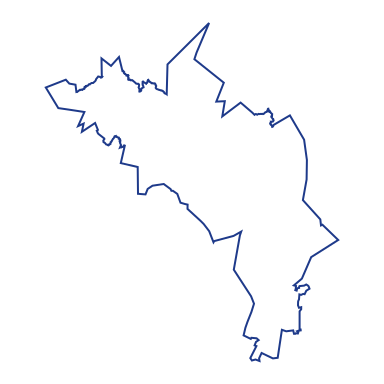 Coneto de Comonfort, Durango, Mexico (Robinson projection)
{"feature_id": "50627088B46470602439176", "entity_name": "Coneto de Comonfort", "entity_type": "district", "adm_level": 2, "iso_a3": "MEX", "parent_name": "Mexico", "parent_adm1": "Durango", "projection": "robinson", "projection_center": [-104.882, 25.009], "detail": "fine", "context": "isolated", "style": "outline", "palette": "blue", "viewbox_px": 384, "rotation_deg": 0, "n_neighbors": 0, "source": "geoboundaries", "source_scale": "gbopen_adm2", "svg_char_len": 5734}
<svg xmlns="http://www.w3.org/2000/svg" viewBox="0 0 384 384"><path d="M251.1,296.3L254.0,303.7L251.4,312.0L247.5,321.8L245.4,327.8L243.6,335.4L250.8,338.9L251.4,337.8L256.6,338.3L258.6,340.1L256.0,341.9L254.6,345.4L256.4,346.1L250.3,358.1L251.9,360.5L255.5,359.5L259.5,361.0L259.1,358.3L261.6,353.0L272.9,358.4L277.7,357.8L281.9,329.8L286.2,331.3L293.2,330.4L294.0,333.8L295.3,333.8L295.7,333.3L297.9,333.5L298.3,332.2L297.9,332.0L297.1,331.2L298.7,330.6L300.7,330.4L300.7,330.1L300.6,329.5L299.6,329.6L299.6,311.3L301.2,309.2L301.2,307.2L299.0,307.8L298.0,305.3L298.1,301.7L298.4,300.6L299.0,299.4L299.4,294.4L301.1,294.9L303.2,293.9L304.6,294.2L306.3,290.7L309.5,288.7L308.6,286.3L307.7,285.4L306.2,284.5L304.2,285.6L299.5,286.1L299.1,286.9L299.1,287.6L299.1,287.9L297.9,288.1L297.2,288.7L296.9,289.7L296.6,289.2L296.4,289.1L296.0,290.4L295.3,290.1L295.5,289.6L295.7,289.4L295.7,289.1L296.0,286.0L293.9,285.4L301.9,278.6L311.2,257.1L338.2,240.0L322.4,224.7L321.0,225.4L320.3,219.4L302.9,200.1L306.6,179.5L306.9,160.0L304.1,139.7L289.9,115.4L273.7,124.9L273.6,125.1L273.2,125.6L273.2,126.1L272.6,126.8L272.2,126.9L272.1,126.4L271.8,125.7L271.7,125.3L271.0,124.4L270.7,124.6L270.4,124.2L270.1,123.6L270.2,123.1L270.7,122.9L270.9,122.7L270.9,122.4L271.1,122.0L271.0,121.7L271.9,121.7L272.8,121.6L273.0,121.2L273.3,121.0L273.6,120.5L273.3,119.4L273.1,119.5L271.8,117.5L271.4,117.1L271.3,116.9L271.3,116.6L271.7,116.5L272.0,116.3L272.0,115.8L271.8,115.6L272.1,115.1L272.0,114.8L272.2,114.1L271.5,113.4L271.0,113.1L270.8,112.7L270.7,112.6L270.5,112.2L269.8,112.1L269.9,111.3L269.8,111.1L268.5,111.3L268.5,111.1L269.1,110.9L269.1,110.7L268.8,110.0L268.7,110.0L268.7,110.4L268.4,109.7L268.3,108.7L268.2,108.7L267.9,108.9L267.7,109.5L267.7,109.9L267.5,110.6L267.3,110.7L267.2,110.8L267.3,111.2L266.4,112.0L265.4,112.2L265.0,112.7L264.7,112.8L263.7,113.9L263.0,114.1L262.6,113.9L262.2,113.8L261.5,114.0L260.5,113.9L259.8,114.1L258.5,113.9L257.2,114.7L255.9,114.0L255.1,114.3L254.5,114.8L252.3,112.6L240.6,102.6L222.3,116.4L224.8,101.2L216.3,101.6L223.8,82.7L194.4,59.2L196.6,52.5L209.1,23.0L167.5,64.4L166.7,94.3L166.1,93.8L165.4,93.7L165.1,93.4L164.7,93.3L164.4,93.1L163.9,91.9L163.6,91.7L163.0,91.4L162.9,91.0L162.7,90.8L162.1,90.6L161.7,90.7L161.2,90.6L161.1,90.3L160.3,90.2L159.5,89.9L159.2,90.0L158.5,89.6L157.2,89.2L156.4,88.8L156.3,88.5L155.9,88.2L155.7,87.9L155.9,86.9L156.2,86.1L156.2,85.9L155.7,85.5L155.6,85.1L155.7,84.8L155.4,84.5L155.4,84.1L155.1,83.6L154.7,83.3L154.4,83.3L154.0,83.5L153.6,83.4L153.1,83.5L152.7,83.1L152.4,83.1L152.2,83.1L151.9,83.0L151.5,83.2L150.7,82.4L150.5,82.1L149.9,82.0L149.5,81.7L149.4,81.6L149.4,81.3L148.9,80.8L148.3,79.8L148.1,79.9L148.2,80.3L147.8,80.6L147.4,81.2L147.5,82.0L147.3,82.2L146.9,83.0L146.6,83.0L146.2,83.4L146.1,83.7L145.9,83.6L145.8,83.3L145.5,83.3L144.5,82.5L143.7,82.3L143.0,81.5L142.8,81.6L142.7,81.7L142.9,82.1L142.6,82.4L142.7,83.4L142.5,83.8L142.5,84.0L142.8,84.3L142.7,85.1L143.2,85.9L143.2,86.1L143.6,87.2L143.6,87.3L142.8,87.6L142.2,88.1L141.3,88.6L141.1,89.1L141.3,89.8L141.2,90.6L140.8,91.1L140.3,91.4L139.7,91.6L139.4,91.6L139.3,91.1L139.6,90.0L139.5,89.5L138.6,87.3L139.0,86.3L139.1,84.9L139.0,84.4L138.7,84.2L138.0,83.7L137.6,83.9L137.0,83.8L136.1,83.5L135.8,83.4L135.5,82.9L133.5,81.2L133.2,80.9L132.9,80.8L132.4,80.2L131.2,80.3L130.9,80.0L130.4,80.2L130.2,80.0L129.9,79.6L129.7,79.6L129.0,79.9L128.4,79.8L128.1,79.0L128.6,78.3L128.6,77.8L128.2,77.4L128.2,77.0L128.1,76.7L127.7,76.4L127.6,76.1L127.7,75.8L128.3,75.9L128.5,75.6L128.1,75.0L127.6,75.0L127.2,75.2L126.7,75.0L126.3,75.3L126.0,74.6L125.6,74.3L125.3,73.9L124.7,73.9L124.4,73.3L123.9,73.0L123.8,72.6L123.9,72.0L123.5,71.7L123.8,71.6L123.3,71.0L122.9,70.6L122.4,70.8L119.0,57.0L111.0,65.9L101.5,58.4L101.8,76.2L102.4,76.6L101.9,77.3L101.1,77.6L101.0,77.3L99.2,76.7L98.2,76.5L96.0,79.3L95.7,80.5L94.9,81.4L93.6,82.5L93.3,82.9L92.4,83.0L91.6,83.0L90.2,83.9L89.8,84.4L89.1,84.2L88.9,84.4L88.2,85.2L88.0,85.4L87.8,85.7L87.6,85.8L87.1,85.7L86.4,86.4L86.1,86.0L85.9,86.0L85.7,86.8L85.3,87.3L85.0,87.3L84.9,87.0L84.8,86.9L84.6,86.9L84.5,87.1L84.8,87.7L84.4,88.7L84.0,88.5L83.5,89.0L83.1,89.3L82.7,89.3L82.3,89.9L81.8,89.8L81.4,89.6L81.1,89.8L80.6,89.8L80.4,90.0L80.0,89.8L78.8,90.6L78.5,91.0L78.0,91.2L77.3,91.9L77.1,91.8L76.4,92.0L75.5,84.7L69.3,83.6L65.8,79.7L45.8,87.5L58.3,108.1L68.7,109.6L84.4,112.0L78.1,126.1L83.6,123.6L81.9,131.8L95.1,123.0L97.9,129.9L96.8,130.8L97.2,131.3L97.5,132.5L97.7,132.9L98.4,133.9L104.3,138.5L104.4,139.0L103.4,140.4L103.3,140.7L103.5,141.4L103.4,141.9L103.9,142.4L104.5,142.6L104.7,142.8L105.0,143.0L106.1,144.4L107.5,144.8L107.7,145.1L108.5,145.4L108.9,145.1L108.9,144.9L109.2,144.6L109.2,144.3L109.5,144.2L109.7,144.4L110.0,144.3L110.5,143.9L110.4,143.4L110.5,143.3L110.6,142.3L111.1,142.1L111.1,141.8L111.3,141.5L111.7,141.3L111.9,140.6L112.4,139.9L112.6,139.5L112.8,139.3L112.9,138.9L113.6,138.4L114.1,137.5L114.3,137.3L114.3,136.9L114.6,136.3L115.1,136.4L115.4,136.1L115.8,136.0L115.8,136.3L116.0,136.5L116.3,136.9L116.9,136.8L117.0,137.0L117.6,137.4L118.1,137.4L118.5,137.7L118.9,137.7L119.1,138.2L119.0,138.7L119.3,138.8L119.1,139.0L120.1,139.7L120.4,140.2L120.3,140.9L119.7,141.2L120.0,141.6L119.9,141.8L120.2,142.1L120.0,142.4L120.2,143.4L120.7,144.3L121.1,145.2L120.7,146.0L120.4,146.3L120.4,146.6L120.0,147.6L120.7,147.3L121.4,147.4L121.9,147.0L122.5,147.0L123.0,146.8L123.8,145.8L124.0,145.4L124.4,145.4L124.8,145.6L120.8,163.1L137.7,167.0L138.0,193.8L145.5,194.4L147.7,188.9L152.5,185.7L163.7,184.0L170.6,189.1L171.4,190.8L172.9,190.8L177.3,193.9L180.5,202.7L184.9,204.0L187.6,204.6L187.5,208.9L200.5,220.8L203.7,224.0L209.2,231.2L213.5,242.3L214.2,241.1L233.6,235.9L241.2,231.6L239.9,235.4L233.8,269.7L251.1,296.3Z" fill="none" stroke="#1e3a8a" stroke-width="2"/></svg>